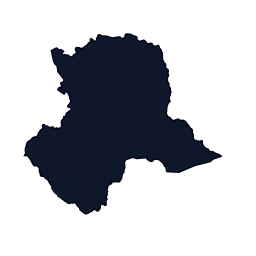 Livramento de Nossa Senhora, Bahia, Brazil (Albers equal-area conic projection), rotated 191°
{"feature_id": "56859067B83597278126172", "entity_name": "Livramento de Nossa Senhora", "entity_type": "district", "adm_level": 2, "iso_a3": "BRA", "parent_name": "Brazil", "parent_adm1": "Bahia", "projection": "albers", "projection_center": [-41.976, -13.8], "detail": "fine", "context": "isolated", "style": "filled", "palette": "ink", "viewbox_px": 256, "rotation_deg": 191, "n_neighbors": 0, "source": "geoboundaries", "source_scale": "gbopen_adm2", "svg_char_len": 5900}
<svg xmlns="http://www.w3.org/2000/svg" viewBox="0 0 256 256"><g transform="rotate(191 128 128)"><path d="M135.9,68.2L135.6,69.6L134.3,69.5L133.5,70.7L134.1,71.9L128.2,73.3L126.8,73.3L125.9,74.2L125.4,75.2L125.1,76.4L124.6,77.8L124.8,79.4L124.8,80.8L124.7,81.9L123.8,83.5L123.7,84.8L124.0,86.1L123.7,87.2L123.6,88.8L124.1,90.2L124.3,91.2L124.8,92.4L124.8,93.7L124.9,94.7L124.2,96.2L123.4,97.0L122.3,97.7L121.0,98.2L120.1,99.0L119.2,99.4L118.3,99.7L117.0,100.1L115.6,100.1L113.6,99.7L104.3,102.4L103.3,101.1L102.3,100.6L101.0,100.2L99.7,99.5L98.6,99.6L97.6,100.3L97.0,101.4L95.8,102.6L94.5,102.7L92.1,102.9L91.1,102.7L86.8,100.2L86.1,99.3L85.3,98.1L84.4,97.3L83.2,96.5L82.4,94.6L82.0,93.5L81.6,92.6L69.6,94.3L55.2,104.0L52.6,105.2L41.1,110.6L38.5,113.8L31.2,118.0L32.2,118.8L33.9,119.3L35.7,119.6L37.0,119.8L38.1,120.1L39.5,120.7L40.7,120.9L42.0,120.4L43.4,120.7L44.4,121.6L45.7,122.6L47.1,122.8L48.3,123.1L49.2,123.7L50.2,124.5L51.3,125.6L52.3,127.5L52.6,129.3L53.6,129.6L54.4,128.7L55.4,128.5L57.5,128.5L58.6,128.7L59.6,128.5L61.1,129.2L62.0,130.6L62.5,132.4L62.8,133.9L63.4,135.0L64.3,136.1L64.2,137.5L64.6,138.4L65.5,139.3L66.9,139.7L67.8,140.9L68.6,141.5L69.5,142.4L70.7,143.2L71.9,144.7L73.2,145.5L74.2,145.7L75.1,146.1L77.8,145.4L79.1,145.8L79.9,146.3L81.3,146.0L82.9,144.9L83.9,144.4L85.1,143.6L86.4,144.5L87.7,145.1L88.6,146.0L89.5,146.4L90.8,146.6L91.5,147.2L92.3,148.3L93.5,149.8L93.3,151.1L93.4,152.5L93.8,154.0L93.8,155.3L93.8,157.0L93.7,158.1L93.5,159.2L92.9,160.8L91.8,162.1L92.8,163.7L93.4,165.4L93.3,166.9L93.0,167.8L92.9,168.9L93.3,170.0L92.7,171.2L93.2,172.2L93.9,173.2L93.9,174.7L94.9,176.0L95.7,176.6L96.1,177.6L96.3,179.4L97.5,180.5L98.2,181.4L98.8,184.1L98.9,185.5L98.2,187.2L98.9,188.5L99.4,189.9L99.2,191.4L99.6,192.5L100.6,193.0L102.0,194.0L103.1,194.7L102.9,196.1L103.3,197.9L104.4,198.3L105.3,199.0L105.7,200.2L106.5,200.8L107.1,201.6L107.5,203.2L108.0,204.6L108.0,205.6L108.6,206.6L108.7,207.6L109.0,208.7L110.0,209.5L110.2,210.5L111.1,211.6L112.3,212.3L113.3,214.2L114.1,214.8L115.1,214.4L115.6,213.6L117.2,213.6L118.1,213.0L119.0,213.5L120.0,213.5L121.1,214.6L120.2,215.0L121.3,215.6L122.7,215.2L124.3,214.5L124.3,213.4L125.3,214.0L126.1,215.3L127.0,216.0L128.1,216.8L129.3,217.2L130.3,216.6L131.6,216.1L132.6,215.2L134.3,215.4L135.5,216.1L136.6,217.2L136.4,218.4L137.4,219.3L139.0,219.4L139.9,219.3L141.0,219.8L142.2,220.0L143.4,220.4L145.9,220.2L147.0,220.0L148.0,219.7L148.5,218.7L148.3,217.0L148.7,216.0L149.7,215.3L150.6,214.9L151.6,214.7L152.4,215.2L153.2,215.8L154.4,215.6L155.7,215.0L157.5,214.7L159.0,213.8L160.4,213.6L161.4,213.5L162.6,213.5L165.4,214.0L166.7,214.0L167.8,213.7L168.8,213.8L170.3,213.5L171.7,213.3L172.5,213.8L173.5,214.1L174.9,213.7L175.2,212.6L175.0,211.2L175.9,210.3L175.6,209.1L175.7,207.9L176.9,206.4L177.9,206.9L178.8,207.7L180.1,208.2L181.2,208.7L181.9,207.8L181.2,206.4L181.8,204.8L183.1,203.7L183.3,202.7L183.9,201.6L185.9,199.8L186.9,198.5L187.6,197.4L188.7,197.5L189.3,196.6L190.1,197.1L191.5,197.6L193.1,197.1L194.1,197.1L194.6,196.1L194.5,195.0L194.1,194.1L193.1,194.0L193.1,192.7L193.3,191.3L193.8,190.2L195.4,189.5L195.7,188.3L196.3,187.1L198.0,186.9L199.2,187.3L201.0,188.1L202.4,187.6L203.9,188.1L205.1,187.1L206.4,187.6L207.2,188.4L206.5,189.8L205.9,191.0L207.2,191.5L208.7,192.1L210.2,191.5L212.1,192.0L213.3,192.9L214.8,192.0L215.9,191.0L217.0,190.0L218.0,189.4L213.5,178.9L212.8,178.2L212.1,177.2L211.0,176.4L209.5,175.4L209.0,174.3L207.9,171.1L207.7,170.2L206.8,169.2L205.7,168.5L205.0,167.7L204.2,167.2L203.1,166.0L202.0,165.1L201.1,164.4L200.3,163.6L199.9,162.6L200.3,161.0L201.5,160.1L202.6,159.4L202.3,158.4L201.4,157.4L200.4,156.6L201.3,155.9L202.1,154.8L203.2,154.6L203.8,153.7L204.3,152.6L203.6,151.7L202.7,151.4L201.5,151.1L200.5,150.3L199.4,150.2L198.0,149.3L197.0,149.2L196.7,150.6L196.6,151.9L195.7,152.5L194.8,151.4L193.7,151.2L193.1,150.2L192.4,149.3L191.8,148.4L191.2,147.5L190.7,145.9L189.6,144.4L189.3,142.4L189.8,141.0L190.5,139.6L191.3,138.4L191.2,137.4L186.8,136.5L187.1,135.3L187.9,134.3L188.8,133.5L189.6,132.5L190.1,131.6L191.3,130.7L191.3,129.4L191.5,128.4L191.6,127.2L193.0,127.1L193.2,124.6L193.8,123.9L194.3,123.0L194.5,121.8L194.5,120.5L193.8,119.7L193.7,117.4L193.5,116.3L194.5,115.2L195.6,114.4L196.9,114.1L198.2,114.4L199.1,113.8L200.2,113.2L201.5,114.5L202.9,114.5L203.7,113.9L204.6,113.3L205.6,113.8L206.7,114.0L207.7,114.6L208.6,114.1L209.8,114.0L210.7,115.3L211.9,115.0L212.5,114.1L211.9,112.8L211.1,111.9L212.1,110.8L213.1,109.5L213.9,108.0L214.5,106.8L215.0,105.2L215.2,103.7L215.6,102.4L216.5,101.6L217.8,101.4L219.0,100.8L219.9,99.9L220.7,98.6L221.3,97.6L222.0,96.8L223.7,95.3L224.1,94.3L224.4,92.9L224.5,90.0L224.8,88.3L224.5,86.4L223.6,83.6L224.0,82.4L224.3,81.2L223.3,81.4L222.3,81.8L221.4,81.6L220.2,80.9L219.1,79.9L218.3,79.1L216.2,76.7L215.6,75.8L214.7,74.7L213.7,73.7L212.2,72.9L210.9,73.9L209.9,73.4L208.3,72.5L207.5,71.8L207.1,70.9L206.9,69.3L206.5,68.0L205.5,66.8L205.0,65.1L204.1,64.2L202.9,64.2L201.6,64.7L200.5,63.8L199.3,62.9L197.1,61.9L196.2,61.3L195.6,60.6L195.0,59.7L194.1,58.6L192.9,57.6L191.8,56.4L191.2,55.4L191.0,53.8L189.7,53.1L189.1,52.0L188.0,50.9L187.1,50.5L186.0,49.7L184.8,49.4L184.1,48.6L183.6,47.7L182.5,47.3L181.2,47.1L180.2,46.6L179.3,45.8L178.3,45.6L177.5,45.0L176.3,44.3L175.2,44.0L173.5,43.2L171.1,42.7L170.1,43.4L169.1,43.8L167.6,43.8L166.9,44.6L165.9,44.7L164.9,44.1L164.1,43.3L163.1,42.2L161.9,41.4L160.3,40.6L159.6,38.8L158.5,38.2L157.5,37.4L156.3,36.8L154.8,36.4L153.5,35.6L152.4,36.0L151.3,36.5L150.3,37.5L149.0,38.6L148.1,39.2L147.2,39.9L145.6,42.4L144.5,41.6L143.2,40.9L142.0,40.7L141.1,41.5L140.4,42.7L140.1,44.4L140.2,45.4L140.3,46.9L139.6,48.5L138.3,48.4L137.1,48.1L136.1,47.6L135.0,48.1L134.9,49.2L135.3,50.1L135.6,51.1L135.6,52.0L135.5,53.3L135.0,54.2L135.9,55.3L136.6,56.8L135.8,57.4L135.9,58.9L136.4,60.7L135.8,61.8L136.9,63.0L136.8,64.3L136.6,65.6L137.0,67.0L135.9,68.2Z" fill="#0f172a" stroke="#020617" stroke-width="1.5"/></g></svg>